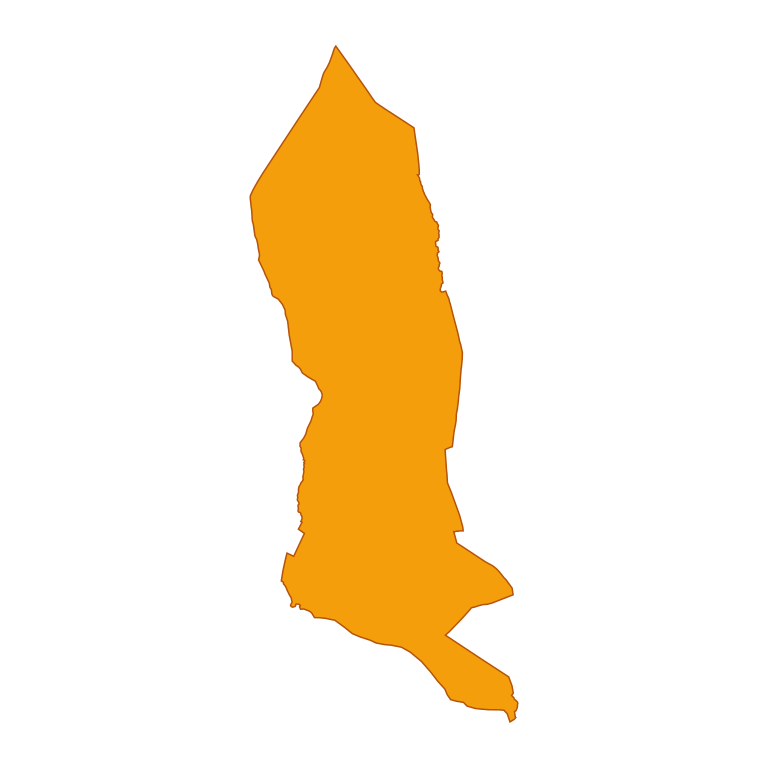 the district of Patrauti, Suceava, Romania
{"feature_id": "2599482B36922885866950", "entity_name": "Patrauti", "entity_type": "district", "adm_level": 2, "iso_a3": "ROU", "parent_name": "Romania", "parent_adm1": "Suceava", "projection": "mercator", "projection_center": [26.182, 47.734], "detail": "fine", "context": "isolated", "style": "filled", "palette": "amber", "viewbox_px": 768, "rotation_deg": 0, "n_neighbors": 0, "source": "geoboundaries", "source_scale": "gbopen_adm2", "svg_char_len": 6071}
<svg xmlns="http://www.w3.org/2000/svg" viewBox="0 0 768 768"><path d="M510.0,721.9L514.1,719.4L515.1,718.3L515.5,717.7L515.8,717.5L515.2,716.6L514.5,711.4L515.8,711.0L516.8,708.9L517.5,706.4L517.4,705.1L517.8,703.5L517.4,702.0L515.4,700.0L514.3,699.2L513.9,697.8L512.3,696.2L511.6,695.4L513.3,693.2L512.0,685.8L508.7,676.9L477.0,656.2L445.4,635.2L449.3,631.7L461.0,619.6L470.1,609.5L470.9,608.3L471.7,607.7L474.8,607.0L478.1,605.9L482.9,604.6L487.3,604.3L492.1,603.0L513.1,594.8L512.1,588.1L506.3,580.1L503.8,577.5L499.2,571.7L496.5,568.9L494.1,566.9L492.3,565.6L485.8,562.1L456.8,543.0L453.8,531.7L454.3,531.8L455.3,531.6L456.6,531.1L457.3,531.3L458.0,531.3L458.8,531.0L459.5,531.0L460.1,530.8L463.1,530.9L463.1,529.7L462.7,526.7L459.5,515.0L451.5,492.9L447.5,483.0L447.4,481.6L446.9,473.7L446.5,470.1L445.1,449.5L450.5,447.2L452.2,446.8L452.6,444.7L453.8,433.7L454.2,431.0L455.5,424.5L456.1,420.6L456.3,416.3L456.3,414.5L457.4,408.6L458.3,401.2L458.8,395.5L459.7,389.2L460.5,376.5L461.2,368.4L461.5,366.6L462.2,359.0L462.4,352.6L461.9,350.1L461.2,347.3L460.8,344.9L459.7,341.7L459.4,340.4L458.8,337.3L457.6,332.1L452.7,313.6L451.2,307.5L450.4,304.4L449.5,301.6L448.8,298.5L448.2,297.2L447.2,295.2L446.6,293.5L445.7,291.1L442.9,291.9L442.2,292.1L441.8,292.0L441.4,291.9L441.1,291.5L440.5,291.1L440.3,290.8L440.2,290.5L440.4,288.3L440.6,287.7L441.0,286.9L441.4,285.7L441.4,284.4L441.5,284.1L442.1,283.6L442.8,283.1L443.0,282.9L443.0,282.5L442.7,281.5L442.5,280.4L442.2,279.6L442.2,279.0L442.3,278.5L442.3,277.6L442.2,276.7L441.9,276.3L441.8,275.8L441.9,275.1L442.2,273.7L442.2,273.0L442.0,272.1L441.8,271.4L441.3,271.2L440.2,271.4L439.7,270.6L438.9,269.9L438.5,269.4L438.3,268.8L438.5,267.4L439.2,266.3L439.3,265.8L439.2,264.7L439.3,264.3L439.7,263.8L439.8,263.2L439.8,262.8L439.5,262.3L439.0,261.8L438.6,261.1L438.4,260.6L438.1,257.9L438.0,257.5L437.1,255.6L437.1,255.1L437.4,254.5L437.4,253.3L437.5,253.0L438.7,252.2L438.9,251.9L439.0,251.5L438.9,251.2L438.2,250.7L438.0,250.3L438.2,249.4L438.1,248.3L437.9,247.2L437.3,246.8L436.3,246.6L436.0,246.4L435.8,245.5L435.8,244.5L435.6,243.1L435.5,242.4L435.6,241.6L436.0,241.5L436.7,240.9L437.5,240.7L438.1,240.3L438.1,239.8L438.0,238.9L438.1,238.7L438.9,237.8L439.1,237.1L439.0,236.4L439.1,234.7L438.9,234.3L438.7,233.3L439.0,231.4L439.2,231.0L439.0,230.5L438.2,229.7L438.0,229.2L438.0,227.1L438.3,226.3L438.4,225.4L436.9,222.8L436.9,222.2L436.5,221.9L435.0,221.4L434.5,220.7L433.8,219.2L432.6,217.7L432.4,217.2L432.4,216.5L432.6,215.5L432.6,214.4L432.5,214.0L431.9,213.5L431.4,212.8L430.8,210.9L430.6,209.9L430.5,208.8L430.2,207.9L430.2,206.2L430.4,205.3L430.4,204.6L429.1,202.3L426.8,198.6L424.6,194.4L423.9,192.4L423.3,191.4L423.0,189.9L422.5,188.7L422.3,186.7L422.0,185.9L421.4,185.2L420.9,183.9L420.6,182.8L420.6,182.1L420.5,181.3L419.9,180.9L419.7,180.3L419.7,179.4L419.4,177.8L417.5,174.9L418.7,174.9L419.2,174.5L419.3,173.9L419.2,169.1L418.7,163.2L417.7,153.7L414.1,128.9L414.0,127.9L407.4,123.5L385.8,109.5L379.4,105.2L375.4,102.4L371.4,96.8L366.3,89.3L348.8,64.3L335.8,46.1L334.5,48.1L333.4,51.2L332.5,54.2L329.5,62.4L327.1,67.4L324.2,72.1L323.4,73.9L322.2,77.5L319.4,87.5L298.2,119.4L262.8,173.2L257.6,181.7L253.5,189.0L251.0,194.2L250.4,195.8L250.2,196.9L250.3,198.9L250.8,203.2L251.2,207.2L251.6,209.7L252.0,215.0L252.1,218.7L252.5,221.7L253.1,223.5L253.5,225.6L254.8,235.3L255.5,237.3L256.7,239.5L257.7,244.1L258.3,248.4L259.5,254.6L259.3,256.9L258.7,259.1L258.6,260.0L263.9,271.0L265.3,274.7L269.2,282.9L270.0,287.5L271.3,289.4L271.8,293.7L272.6,295.7L273.9,296.7L278.3,299.1L282.5,304.5L285.1,310.1L285.4,314.3L287.7,321.4L289.2,335.0L292.2,351.4L292.2,361.0L295.8,365.1L298.9,367.3L300.4,369.1L302.4,373.0L307.6,376.7L311.6,379.1L315.4,381.2L317.8,386.2L318.8,388.8L320.1,390.1L321.3,391.8L322.3,395.1L321.6,398.6L320.4,401.5L318.3,404.3L312.8,408.1L312.8,410.6L313.2,414.3L312.3,416.5L310.9,421.1L307.4,428.3L305.8,434.0L303.7,438.1L300.2,442.6L300.1,443.6L300.0,445.3L300.0,446.3L301.1,448.0L301.1,448.4L301.0,451.1L301.1,451.4L301.6,452.7L302.4,454.0L302.5,454.8L303.1,456.2L303.3,457.2L303.7,458.2L303.7,458.5L303.3,459.7L303.3,459.9L304.2,460.1L304.7,460.6L304.8,460.8L304.7,461.2L303.8,462.5L303.7,462.7L303.7,462.8L303.9,462.9L304.5,463.2L304.6,463.5L304.1,464.3L303.8,464.9L303.8,465.5L304.1,465.9L304.2,467.3L303.7,468.1L303.7,468.3L303.8,468.7L303.5,469.3L303.5,469.6L303.5,469.9L303.8,470.5L303.9,471.6L303.2,475.7L302.9,476.3L302.8,476.7L302.9,477.3L303.0,477.5L303.1,479.0L303.0,479.4L303.2,479.8L303.1,480.0L302.6,480.6L302.5,481.1L301.8,481.8L301.2,482.7L300.8,483.0L300.7,483.1L300.2,484.7L300.0,485.2L299.8,485.5L299.3,486.1L299.0,486.7L298.7,487.7L298.4,490.2L298.5,490.9L298.6,491.8L298.3,492.9L298.1,493.1L298.0,494.1L297.7,494.6L297.4,495.3L297.5,495.9L297.7,497.2L297.6,498.6L297.4,499.0L297.3,499.7L297.6,500.6L298.3,501.6L298.9,502.7L299.0,503.1L299.0,503.5L299.0,503.9L299.0,504.0L298.2,504.9L298.1,505.2L298.0,505.4L298.3,508.2L298.4,508.7L298.1,510.3L298.1,511.0L298.2,511.6L298.5,512.0L300.0,512.5L300.4,512.9L300.7,513.3L300.8,513.8L301.0,515.0L301.8,516.3L302.0,517.1L302.0,517.9L302.1,518.5L302.0,518.9L301.4,520.1L301.1,521.1L300.8,521.5L302.1,522.1L298.4,529.2L304.4,533.4L293.7,556.3L287.0,553.1L285.9,557.4L284.1,565.4L282.9,571.1L281.3,581.0L282.2,581.4L283.0,582.0L283.5,582.6L283.4,583.6L283.5,583.9L284.6,585.1L286.0,587.3L287.1,590.2L289.7,595.5L290.3,596.3L291.2,597.8L291.4,598.4L291.5,599.8L292.1,601.7L291.7,602.8L291.4,603.6L290.5,605.1L291.0,606.4L292.3,607.1L293.6,607.0L295.1,606.4L295.7,605.5L295.8,604.3L296.3,604.0L297.2,604.0L298.6,604.2L299.7,604.7L300.3,605.3L299.5,606.6L300.5,609.2L303.8,609.0L308.6,610.8L310.8,612.1L312.0,613.4L314.5,617.6L319.5,617.7L325.9,618.4L332.3,619.8L334.6,620.1L344.1,627.0L352.3,633.6L360.6,637.1L370.2,640.2L376.1,643.0L384.6,644.6L391.4,645.2L401.4,647.2L410.2,652.1L421.5,661.5L430.9,672.3L437.8,681.3L444.9,689.1L447.3,694.8L450.6,699.6L456.4,701.2L463.5,702.4L467.1,706.1L475.4,708.5L482.1,709.2L488.7,709.7L498.8,709.8L503.9,710.2L507.2,713.7L510.0,721.9Z" fill="#f59e0b" stroke="#b45309" stroke-width="1.5"/></svg>